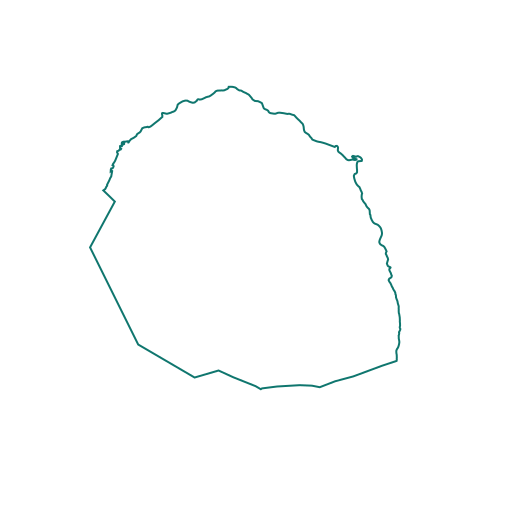 the district of Petit Piton, Soufrière, Saint Lucia, rotated 127°
{"feature_id": "8701671B87024407460992", "entity_name": "Petit Piton", "entity_type": "district", "adm_level": 2, "iso_a3": "LCA", "parent_name": "Saint Lucia", "parent_adm1": "Soufrière", "projection": "mercator", "projection_center": [-61.066, 13.834], "detail": "fine", "context": "isolated", "style": "outline", "palette": "teal", "viewbox_px": 512, "rotation_deg": 127, "n_neighbors": 0, "source": "geoboundaries", "source_scale": "gbopen_adm2", "svg_char_len": 5915}
<svg xmlns="http://www.w3.org/2000/svg" viewBox="0 0 512 512"><g transform="rotate(127 256 256)"><path d="M255.2,80.6L254.0,81.2L253.2,81.9L252.4,82.4L250.3,84.1L249.1,85.4L248.4,86.0L247.4,86.8L246.7,87.1L245.4,87.4L244.6,87.4L243.2,87.6L241.7,88.1L240.3,88.7L238.8,89.5L237.8,90.3L236.9,91.3L235.8,92.5L234.7,93.3L233.7,94.2L233.1,94.3L231.8,95.0L231.3,95.3L231.1,95.7L230.6,96.0L229.1,96.2L228.5,96.4L228.2,96.4L227.4,96.8L227.1,97.5L226.7,98.1L225.9,98.6L225.1,98.9L223.3,100.3L221.8,101.7L220.9,102.3L218.7,104.1L217.8,105.0L216.1,106.8L215.8,107.3L215.6,107.6L214.1,108.9L212.7,109.9L211.8,110.7L210.7,111.4L210.0,112.1L208.5,114.2L207.1,115.7L206.4,116.7L205.9,117.7L205.5,118.2L204.8,119.3L204.1,119.8L203.0,120.8L202.5,121.8L201.7,122.4L201.2,123.3L200.7,124.0L200.6,124.8L200.2,125.6L200.0,126.2L199.6,126.9L198.9,128.1L198.8,128.7L198.3,129.6L197.5,130.9L196.7,132.5L196.5,133.4L196.0,134.6L195.4,135.6L194.9,135.7L194.2,135.9L193.8,135.9L192.6,135.4L191.5,135.1L190.1,135.6L189.3,137.0L188.6,137.9L188.2,138.7L187.9,139.4L187.4,140.4L187.0,141.0L186.3,141.6L185.5,141.7L184.7,141.5L184.2,141.7L184.2,142.6L184.6,143.8L184.6,144.3L184.5,144.9L183.3,146.9L181.8,147.5L180.2,148.1L179.3,148.4L178.4,149.4L177.8,150.5L177.5,151.3L177.1,151.7L176.6,152.7L176.2,153.6L175.6,154.0L174.4,154.4L173.7,154.5L173.4,155.1L173.0,155.8L172.1,157.6L171.5,159.1L171.4,160.5L171.7,161.7L171.8,162.9L171.8,163.5L171.8,163.9L171.1,165.5L170.1,166.3L168.3,167.0L165.8,167.6L164.0,168.0L162.7,168.6L161.8,169.2L160.2,170.9L159.1,172.4L158.5,173.5L158.2,174.5L157.9,176.0L157.8,177.6L158.3,179.5L158.6,180.4L158.7,181.7L158.5,183.1L157.6,185.2L156.9,186.4L156.4,187.3L155.7,188.1L154.4,189.3L154.1,190.2L153.4,190.8L152.2,191.8L151.1,192.8L150.4,194.1L150.2,196.1L149.8,197.6L149.3,198.6L148.7,199.6L148.1,202.2L147.7,203.5L147.0,204.8L146.8,205.8L146.0,206.5L145.3,207.2L144.1,208.0L143.1,208.6L142.3,208.8L142.0,209.2L141.1,210.5L140.6,211.7L139.8,212.9L139.3,213.8L138.7,214.9L138.7,215.6L138.7,216.1L138.5,217.3L138.3,218.4L137.8,219.6L137.2,220.9L136.4,222.2L135.7,223.1L135.0,224.1L134.0,225.2L133.1,226.1L131.5,226.5L131.1,226.5L129.9,225.7L129.2,225.6L128.3,225.7L126.3,227.2L125.7,227.8L124.3,229.0L122.7,230.3L122.2,230.6L121.3,231.1L120.2,231.5L119.2,231.6L118.5,231.0L117.5,229.9L116.5,228.8L115.6,229.1L115.1,229.5L114.5,231.2L114.4,232.0L114.6,233.3L114.9,234.7L115.5,235.3L116.4,235.7L116.8,236.6L117.3,237.9L117.7,238.8L118.1,239.0L118.7,239.1L119.1,238.3L119.1,237.5L118.6,235.4L118.3,234.0L119.0,234.0L119.5,234.5L120.1,235.3L120.7,236.7L121.3,237.4L122.4,238.3L123.3,239.1L123.8,239.7L124.2,240.7L124.3,242.3L123.9,243.9L123.6,246.0L123.3,247.5L123.1,250.1L123.2,251.8L123.1,253.0L122.7,253.8L122.2,254.4L120.9,255.2L120.2,255.6L119.7,256.2L119.4,257.1L119.4,257.7L120.3,258.6L121.1,258.7L121.5,258.7L123.3,264.7L124.3,268.1L125.3,270.8L126.2,273.0L126.9,274.3L127.6,275.8L127.9,276.6L128.8,279.8L129.1,281.1L128.6,282.4L128.4,282.9L128.3,284.0L127.8,285.7L127.4,286.7L127.4,287.3L127.4,288.4L127.6,289.8L127.6,291.7L126.8,293.1L125.7,294.3L124.9,295.0L123.9,296.0L123.0,297.2L122.5,298.0L122.3,298.9L122.1,300.6L122.0,301.1L121.7,302.6L121.5,304.8L121.2,307.0L120.7,309.5L120.6,310.3L121.4,312.2L122.1,314.5L122.6,315.4L123.5,316.2L124.2,317.5L124.8,318.8L125.5,320.2L126.2,321.4L127.2,323.2L127.9,324.1L128.5,324.7L130.5,326.0L131.0,326.5L131.7,327.6L132.7,329.5L133.1,330.2L133.4,331.2L133.4,332.0L133.2,332.8L132.7,333.6L132.7,334.1L132.8,335.5L133.2,336.7L133.4,337.9L133.3,338.6L133.1,339.1L130.4,343.2L130.5,344.5L130.8,346.1L131.2,347.7L131.7,348.4L132.1,349.0L132.6,349.9L132.9,350.4L132.9,351.0L133.0,352.5L133.0,353.2L132.5,354.3L132.0,356.4L131.5,358.6L131.6,359.8L131.8,360.9L131.9,362.1L132.4,364.1L132.6,365.0L132.7,366.4L132.9,367.6L133.3,368.2L133.7,368.8L133.9,369.7L134.0,371.9L133.8,372.7L134.0,374.2L135.0,376.5L136.4,378.5L137.3,379.6L138.0,379.2L138.9,379.2L140.0,379.5L141.0,380.1L142.7,381.0L143.7,382.0L144.2,382.7L144.4,383.1L145.6,384.4L146.2,385.2L147.1,386.3L148.1,387.0L149.0,387.4L150.1,387.4L152.0,387.8L155.0,388.7L156.7,389.4L158.0,390.5L159.5,391.6L160.0,391.8L161.4,392.5L163.4,393.6L164.2,394.3L165.1,395.3L165.3,396.0L165.7,396.6L166.1,396.8L166.5,396.9L167.5,396.7L169.1,397.1L170.3,397.4L171.3,398.3L171.6,398.6L172.1,399.7L172.7,401.4L173.0,402.6L173.2,404.2L174.1,405.6L174.8,406.3L176.7,407.7L179.3,408.8L181.0,409.4L182.3,409.6L184.9,408.5L186.7,408.2L188.1,408.0L189.0,408.2L190.3,408.7L191.3,409.5L192.7,410.2L193.7,410.9L195.8,412.5L196.3,413.2L196.9,414.6L197.6,416.1L197.9,416.6L198.3,416.9L198.8,416.8L199.1,416.6L200.0,415.6L200.2,415.3L200.8,414.9L201.3,414.5L203.6,415.0L206.2,415.5L208.7,416.2L210.9,416.8L213.8,417.5L215.9,418.1L216.5,418.4L217.4,418.9L217.9,419.4L217.9,420.2L219.0,421.1L220.5,422.6L222.4,423.7L223.7,423.5L226.0,423.1L227.5,423.3L228.4,423.7L229.3,424.0L230.5,424.3L231.9,423.9L232.4,423.9L235.2,424.8L237.9,426.1L239.3,426.2L240.3,426.3L241.9,426.1L242.2,426.3L241.6,427.5L242.7,428.6L243.5,429.3L244.5,429.8L244.9,429.5L245.5,429.0L246.0,428.7L246.4,428.9L245.6,429.7L244.8,430.1L244.4,430.5L245.0,431.0L246.0,431.4L246.5,431.2L247.3,430.7L247.6,430.5L247.8,430.4L248.4,429.6L248.9,429.3L249.4,430.1L250.1,430.7L252.0,429.2L251.4,428.6L251.5,428.2L252.5,428.2L252.7,428.8L253.1,429.0L254.2,429.0L254.7,429.1L255.8,429.9L256.8,429.4L257.6,427.7L264.0,426.0L264.8,425.8L265.7,425.7L266.8,425.6L268.4,425.6L269.8,425.2L269.5,424.4L270.2,423.6L271.8,423.3L272.4,423.5L273.2,424.3L274.3,424.0L275.8,423.0L274.7,422.7L274.7,422.0L279.6,419.5L281.6,419.3L283.8,418.7L288.8,417.8L289.4,417.2L291.0,417.2L291.7,416.9L292.4,416.9L293.2,416.7L295.5,417.4L296.5,409.1L297.5,401.5L349.0,393.7L378.8,334.3L397.6,296.8L390.0,231.9L370.0,217.0L366.5,201.1L360.2,178.0L359.5,172.0L358.1,171.5L347.6,160.7L332.9,143.4L325.9,133.3L322.4,126.1L308.4,117.4L293.7,105.9L267.8,89.3L255.2,80.6Z" fill="none" stroke="#0f766e" stroke-width="2"/></g></svg>